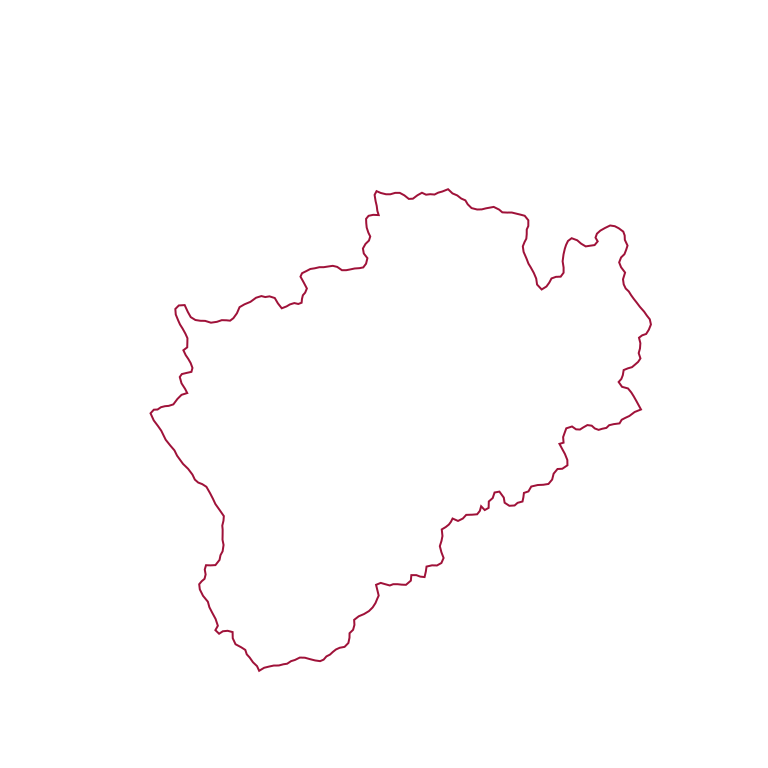 the district of Piumhi, Minas Gerais, Brazil, rotated 143°
{"feature_id": "56859067B73067757776570", "entity_name": "Piumhi", "entity_type": "district", "adm_level": 2, "iso_a3": "BRA", "parent_name": "Brazil", "parent_adm1": "Minas Gerais", "projection": "natural_earth1", "projection_center": [-46.063, -20.459], "detail": "fine", "context": "isolated", "style": "outline", "palette": "rose", "viewbox_px": 768, "rotation_deg": 143, "n_neighbors": 0, "source": "geoboundaries", "source_scale": "gbopen_adm2", "svg_char_len": 4906}
<svg xmlns="http://www.w3.org/2000/svg" viewBox="0 0 768 768"><g transform="rotate(143 384 384)"><path d="M357.2,211.3L352.8,208.4L348.8,208.7L344.1,206.8L340.8,209.7L337.8,212.8L333.3,211.3L328.1,213.5L322.0,210.8L317.5,207.7L312.8,205.2L307.2,206.5L302.5,210.3L296.6,211.7L292.6,209.0L286.4,208.7L283.3,213.0L281.6,219.3L280.9,224.1L279.9,230.6L275.9,229.1L272.9,233.8L269.1,236.3L265.1,238.9L259.4,236.9L257.9,232.2L254.9,229.7L251.0,229.4L246.3,228.8L243.2,225.7L242.4,221.6L240.2,218.2L236.6,216.9L232.8,215.1L229.0,215.6L224.7,213.7L219.6,210.8L215.7,212.4L211.5,211.7L207.3,210.8L200.7,210.8L194.1,209.0L192.8,217.8L192.0,223.8L191.6,228.4L191.8,233.6L195.6,238.5L195.4,244.4L191.4,245.2L188.0,247.3L184.2,250.9L179.7,249.7L175.8,248.2L172.1,248.4L167.8,248.7L163.8,250.1L162.0,255.4L158.2,258.3L154.7,262.3L152.5,267.5L148.5,267.5L144.5,266.2L139.8,268.0L135.0,270.9L132.8,275.7L132.9,280.6L132.7,285.2L133.2,291.6L133.2,297.1L133.3,301.7L133.2,306.2L132.8,310.6L133.5,314.8L132.6,319.3L130.1,323.8L124.4,327.9L124.4,334.6L123.0,339.6L118.5,342.4L113.8,343.0L109.9,345.4L106.2,348.0L104.9,354.2L102.4,357.8L101.2,361.7L102.8,367.1L104.7,371.1L108.0,374.5L113.6,375.6L118.9,376.3L123.5,375.9L127.0,373.6L127.5,369.3L132.2,368.2L135.8,370.2L140.1,372.5L142.1,377.4L143.2,382.5L146.4,387.5L151.0,387.5L154.9,385.5L158.2,383.2L162.6,379.5L167.5,374.5L170.5,368.9L173.6,364.8L178.3,363.4L182.2,366.1L186.7,367.5L191.0,365.5L195.6,364.1L201.2,364.6L201.9,371.3L199.0,376.6L197.5,382.6L196.6,389.0L196.2,393.2L194.7,398.4L193.0,405.5L190.3,410.4L186.3,412.8L182.9,414.4L179.9,417.7L177.0,421.5L173.7,423.3L170.2,427.9L170.4,433.7L172.9,436.9L175.7,440.3L178.8,444.1L182.5,446.8L186.2,449.9L187.1,454.0L189.8,459.4L193.6,461.3L197.0,463.0L200.8,464.6L204.6,467.3L208.2,471.8L209.0,477.1L208.5,481.7L210.7,485.6L212.0,490.5L214.6,495.0L215.6,501.0L221.5,502.6L225.6,504.2L229.6,504.9L232.9,507.8L236.5,509.9L238.6,513.9L243.7,514.6L249.4,514.6L252.8,516.9L254.2,522.4L256.4,527.2L260.0,529.9L264.7,531.7L268.2,534.3L271.6,538.5L273.9,542.5L277.7,540.7L280.7,535.0L282.6,530.7L285.1,526.3L286.6,522.1L290.8,525.6L295.1,527.6L298.9,526.7L301.4,523.1L303.7,519.3L305.4,514.3L306.2,510.1L309.7,507.6L314.5,507.0L319.3,504.9L321.6,500.4L321.5,494.5L325.9,490.9L330.4,489.6L333.9,491.3L337.9,493.9L342.6,496.1L345.8,497.7L349.1,500.2L350.9,505.7L353.8,509.2L357.8,511.4L361.9,513.6L365.4,516.2L369.7,518.1L373.6,520.2L377.9,520.9L382.8,521.8L386.1,520.0L387.0,513.5L388.1,506.7L392.0,504.4L395.4,503.7L398.3,501.3L400.9,498.5L404.3,499.5L406.9,502.6L411.3,504.2L415.1,504.6L420.1,506.0L420.2,512.3L419.5,518.4L422.7,522.9L426.5,524.9L429.0,528.0L434.3,529.9L441.2,530.0L447.5,531.6L453.1,532.3L458.9,529.0L464.7,527.2L468.8,527.2L471.5,529.7L475.1,532.6L480.0,534.2L485.3,537.1L488.9,542.1L492.7,545.1L496.1,548.6L498.1,553.7L497.3,559.6L495.7,567.0L500.6,570.2L505.5,569.5L508.5,564.8L510.2,558.3L511.1,554.3L511.5,549.5L512.3,543.8L513.4,538.9L515.9,535.7L519.1,531.7L523.9,531.7L525.0,526.3L525.2,522.0L525.8,517.1L527.3,512.1L530.5,509.6L534.9,511.6L539.5,513.6L542.9,512.5L545.3,506.4L545.8,499.7L546.6,495.2L552.2,497.2L557.9,496.4L564.5,494.5L569.1,496.1L572.3,498.1L576.1,499.7L580.2,499.9L583.3,502.0L588.1,501.1L589.8,493.5L589.8,486.4L590.0,480.7L590.9,476.1L591.9,470.9L591.7,463.4L591.3,457.1L592.4,451.3L592.6,441.2L591.5,434.1L591.5,426.9L592.6,421.5L591.7,417.1L589.4,413.4L587.7,408.8L588.6,401.6L589.7,395.2L590.9,389.6L591.1,382.6L591.4,374.9L594.5,371.4L598.4,368.2L600.5,364.8L603.1,361.4L606.7,356.8L609.0,352.0L613.6,347.5L617.6,345.7L621.2,342.5L627.6,340.8L631.9,343.7L635.2,346.4L638.8,343.7L641.1,339.2L644.6,336.4L648.3,336.2L652.1,335.3L654.7,330.8L656.0,323.8L655.7,316.1L657.8,310.8L658.8,305.0L659.9,297.7L662.2,290.9L666.8,288.9L666.0,283.8L661.5,283.5L657.4,281.0L654.2,277.0L657.8,272.0L659.2,265.5L656.5,259.7L654.8,255.1L656.3,250.7L655.9,246.5L656.1,240.6L655.2,235.1L656.3,230.1L650.5,229.5L645.6,227.4L641.5,225.5L637.4,222.5L633.0,220.7L629.7,218.9L625.0,218.6L621.2,217.2L615.9,216.2L611.9,213.0L609.0,209.2L605.4,204.7L601.8,201.1L598.1,200.2L593.9,201.1L590.0,200.4L586.1,200.8L582.1,200.9L578.1,200.0L573.7,197.8L568.3,198.6L564.2,202.2L561.5,205.7L556.6,206.3L552.6,209.4L549.8,213.6L544.0,213.7L538.4,212.3L532.7,211.7L527.5,212.4L522.6,214.2L518.7,216.5L515.6,218.2L513.9,222.1L511.2,228.4L506.3,227.1L503.3,223.1L500.6,219.6L497.2,218.6L493.7,216.0L490.5,213.0L487.3,210.4L480.9,210.8L477.2,214.9L473.2,211.9L471.0,208.4L467.8,205.4L463.5,209.0L459.9,212.6L454.8,210.3L450.9,207.2L445.9,206.5L441.1,209.2L439.4,215.1L437.0,220.9L432.5,224.1L428.8,227.4L425.4,233.1L420.8,232.6L416.8,232.7L413.4,233.7L410.2,235.3L407.3,230.1L402.0,229.1L397.1,230.0L392.0,226.4L388.0,223.9L383.8,225.0L380.0,227.9L379.4,222.7L375.0,222.1L371.0,227.1L365.8,227.5L361.0,230.8L356.6,228.6L356.7,221.2L359.1,216.6L357.2,211.3Z" fill="none" stroke="#9f1239" stroke-width="2"/></g></svg>